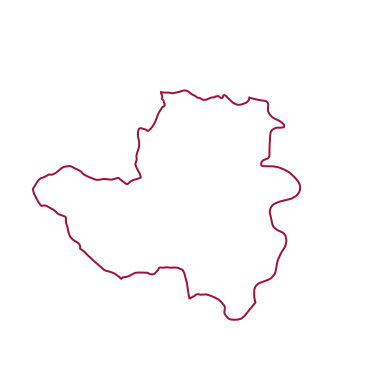 Deorali, Geylegphug, Bhutan, rotated 312°
{"feature_id": "84629894B5669247756527", "entity_name": "Deorali", "entity_type": "district", "adm_level": 2, "iso_a3": "BTN", "parent_name": "Bhutan", "parent_adm1": "Geylegphug", "projection": "equal_earth", "projection_center": [89.877, 26.79], "detail": "fine", "context": "isolated", "style": "outline", "palette": "rose", "viewbox_px": 384, "rotation_deg": 312, "n_neighbors": 0, "source": "geoboundaries", "source_scale": "gbopen_adm2", "svg_char_len": 6028}
<svg xmlns="http://www.w3.org/2000/svg" viewBox="0 0 384 384"><g transform="rotate(312 192 192)"><path d="M245.5,102.2L244.7,102.8L243.8,105.1L243.1,106.0L241.1,107.6L241.0,108.7L240.6,110.1L239.9,111.0L239.3,112.6L237.9,113.8L236.8,113.8L234.9,113.1L234.3,113.3L233.5,113.5L229.5,114.1L228.0,114.5L226.4,115.0L220.4,117.4L218.9,117.9L217.3,118.3L214.1,118.8L211.6,119.0L209.2,118.8L207.9,118.5L207.6,117.7L207.5,116.2L207.2,115.3L206.0,112.8L205.6,112.0L205.1,111.3L204.5,110.7L203.7,110.3L203.0,110.4L201.5,111.1L200.1,112.0L197.5,114.3L196.4,115.6L194.9,117.9L193.8,119.2L192.6,120.4L191.3,121.5L189.9,122.5L188.5,123.3L184.0,125.2L181.8,126.4L181.2,126.9L180.0,128.3L179.4,129.0L178.8,129.4L175.0,131.1L174.4,131.7L174.0,132.5L173.2,134.1L171.8,137.6L170.9,140.3L170.5,141.1L169.6,142.7L168.7,144.0L168.1,144.2L167.4,143.9L165.2,142.5L160.9,140.0L160.2,139.7L158.6,139.3L155.0,138.8L154.4,138.5L154.1,137.7L153.9,136.8L153.7,135.0L153.3,130.1L153.4,129.0L153.3,128.1L152.7,127.5L152.1,127.0L147.8,124.3L147.2,123.7L146.6,123.0L144.0,119.4L142.9,118.0L142.3,117.4L141.0,116.4L139.0,114.8L137.8,113.6L137.2,112.9L136.4,111.3L135.4,108.7L134.4,106.0L133.0,101.6L132.8,100.7L132.7,99.7L132.8,97.8L132.9,96.9L132.9,95.9L132.6,94.1L132.2,92.2L131.3,89.5L130.4,85.9L130.1,85.0L129.7,84.2L129.1,83.5L126.6,81.2L125.2,80.2L124.5,79.8L123.8,79.5L121.4,79.0L115.9,78.1L114.3,77.7L113.6,77.4L111.3,76.4L110.7,75.9L109.6,74.4L109.0,73.8L108.3,73.6L106.7,73.2L105.2,72.6L102.9,71.6L101.6,70.7L100.0,70.2L98.4,70.0L96.9,70.1L95.3,70.3L91.4,71.1L88.2,71.6L87.5,72.0L86.0,74.2L85.1,75.8L84.4,77.5L82.1,83.6L81.6,85.4L81.1,87.3L80.9,88.3L80.9,89.2L81.3,89.8L82.4,90.4L83.0,91.0L83.5,91.7L84.0,92.5L84.4,93.3L85.8,99.8L86.3,102.5L86.3,103.5L86.1,106.4L86.2,107.3L86.4,108.2L87.9,111.6L88.5,113.4L88.8,114.4L88.7,115.2L88.2,115.8L85.6,118.2L84.5,119.6L84.0,120.4L83.2,122.0L82.7,122.8L81.1,124.8L79.5,127.0L78.2,129.4L77.4,131.1L77.2,132.0L76.9,134.8L76.9,136.1L77.8,140.6L77.9,141.3L77.9,142.3L77.8,143.2L77.4,144.1L77.0,144.9L76.5,145.6L75.0,146.8L75.5,150.6L75.6,151.5L75.6,152.5L75.4,154.4L75.2,157.2L75.1,162.9L75.1,166.8L75.3,174.4L75.3,177.3L75.3,178.2L75.4,179.1L75.6,180.0L76.0,180.9L76.9,182.5L78.4,185.8L79.4,188.4L79.6,189.4L79.9,191.1L79.9,191.9L80.0,193.1L80.3,194.2L80.3,195.1L80.1,196.0L80.2,197.5L80.8,197.6L81.7,197.6L82.4,197.8L82.9,198.2L84.2,199.4L84.9,199.9L86.3,200.8L87.8,201.5L92.4,203.2L93.8,203.9L94.5,204.4L96.4,206.2L98.7,208.8L101.5,212.2L102.1,212.7L102.9,215.7L104.2,217.6L105.2,218.5L106.5,218.9L111.3,218.9L112.4,218.7L113.2,218.3L114.5,218.7L115.6,220.2L116.2,220.9L119.3,223.9L119.9,224.6L120.9,226.0L121.4,226.7L124.4,229.8L125.0,230.5L126.4,232.6L127.8,237.3L126.5,240.6L121.4,248.5L112.5,259.4L112.0,260.2L111.3,261.1L111.6,261.9L112.7,262.0L113.4,262.3L114.8,262.6L115.3,263.1L116.0,263.4L117.5,263.4L118.9,263.9L119.5,264.3L120.1,264.8L120.6,265.6L120.9,266.3L121.4,267.0L122.5,268.2L125.3,270.9L127.1,274.7L128.0,277.0L128.3,277.9L128.6,278.6L128.8,279.4L129.2,280.6L129.3,281.5L129.8,283.1L129.9,283.9L129.9,285.2L129.8,286.8L129.7,288.1L129.2,291.4L128.8,293.1L127.0,294.5L126.5,295.0L124.9,296.1L123.5,297.3L123.0,298.7L122.5,301.9L122.4,303.9L123.2,306.2L125.2,308.7L127.8,311.4L130.9,313.4L135.6,314.0L143.1,313.5L152.2,313.1L155.4,308.8L156.0,308.2L160.4,304.2L161.8,303.3L163.3,302.7L164.9,302.3L165.7,302.3L166.5,302.3L168.0,302.6L170.3,303.4L173.9,305.4L176.1,306.5L178.3,307.6L179.8,308.1L180.6,308.4L182.2,308.5L185.4,308.4L186.9,308.1L187.7,307.8L189.2,307.1L190.6,306.3L194.1,304.0L196.2,302.7L198.4,301.6L199.9,301.0L203.0,300.0L205.3,299.3L208.4,298.6L212.3,298.0L213.9,297.6L215.4,297.0L216.8,296.2L218.2,295.3L219.5,294.1L220.1,293.5L220.6,292.8L221.6,291.3L222.0,290.5L222.3,289.6L222.6,288.6L222.7,287.7L222.5,286.8L222.1,284.9L221.2,282.3L221.0,281.3L220.6,279.5L220.5,278.5L220.5,277.6L220.6,276.6L220.7,275.7L221.0,274.8L221.4,274.0L221.9,273.2L226.6,266.7L228.1,264.5L228.6,263.8L229.2,263.2L230.6,262.2L232.1,261.4L232.8,261.1L234.4,260.8L236.0,260.7L236.8,260.8L238.3,261.2L240.6,262.1L242.1,262.8L244.2,264.0L251.8,269.2L253.9,270.5L257.8,271.8L258.5,271.9L260.9,272.1L264.1,271.6L264.8,271.3L265.6,271.0L267.6,269.4L268.2,268.9L268.8,268.2L269.7,266.7L270.1,265.8L270.8,264.1L271.0,263.2L271.3,261.3L271.6,258.5L271.7,252.7L271.7,251.8L271.4,249.9L270.8,247.1L270.3,245.3L268.7,240.9L268.0,239.3L266.6,237.0L265.0,234.8L263.9,233.4L261.0,230.2L259.2,228.1L258.7,227.3L258.3,226.6L258.3,225.8L258.6,225.2L259.2,224.6L260.0,224.1L260.7,223.8L261.5,223.6L262.3,223.6L263.1,223.6L263.8,223.9L266.0,225.1L267.5,225.8L268.2,226.1L269.0,226.0L270.5,225.4L272.5,223.8L274.4,222.0L277.6,219.3L282.9,215.0L286.2,212.4L288.2,210.9L289.0,210.6L290.5,210.1L291.3,210.0L293.6,210.5L295.9,211.5L296.6,212.0L297.7,213.3L300.1,215.8L300.8,216.3L301.4,216.8L302.2,216.8L302.9,216.3L303.4,215.6L303.6,214.7L303.7,213.7L303.7,211.8L303.4,209.9L303.2,209.0L301.6,203.6L301.4,201.7L301.4,200.8L301.5,198.9L301.7,197.9L302.2,196.1L302.6,195.3L303.0,194.5L303.6,193.8L304.2,193.2L305.5,192.1L307.5,190.6L308.2,190.0L308.9,188.7L309.0,187.8L309.0,186.8L308.8,185.9L308.4,185.0L306.9,182.9L304.1,178.3L301.9,174.3L300.5,171.4L299.1,172.2L297.8,172.8L295.7,172.7L294.2,172.4L290.2,170.2L288.3,168.7L287.3,167.4L287.0,166.7L286.3,165.1L286.1,164.3L286.0,163.4L285.7,162.7L285.8,161.8L285.8,158.4L285.9,157.5L286.0,154.9L286.1,154.2L286.0,152.4L285.9,151.6L285.4,151.0L284.7,150.7L284.0,150.9L282.7,151.6L282.0,151.4L281.4,150.8L281.1,150.0L281.1,148.3L280.8,147.5L280.3,146.9L279.7,146.4L278.4,145.4L277.8,145.5L277.2,145.1L275.5,143.5L274.8,143.0L272.8,142.1L272.2,141.6L271.5,141.5L270.8,141.2L269.6,140.3L268.4,139.2L268.0,138.5L267.7,137.8L267.1,135.2L266.7,134.3L265.7,132.7L265.6,131.5L265.6,130.7L265.3,129.1L265.0,128.2L264.7,127.4L264.5,126.6L264.3,125.1L264.3,123.4L264.0,121.3L263.4,119.7L262.2,118.1L260.2,116.9L259.7,116.4L258.9,116.2L258.2,115.7L252.7,111.8L252.1,111.1L250.7,108.8L250.2,108.1L247.3,104.8L246.8,104.1L245.5,102.2Z" fill="none" stroke="#9f1239" stroke-width="2"/></g></svg>